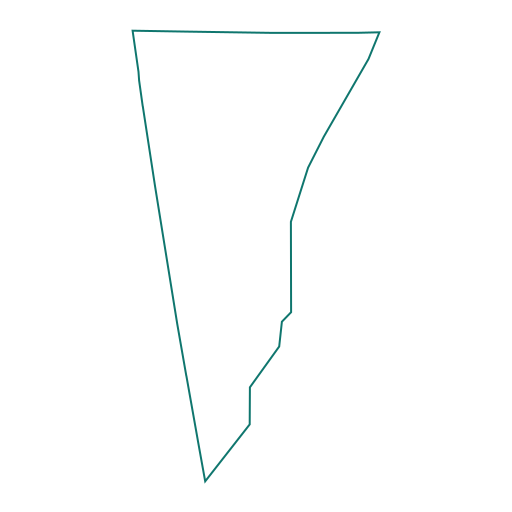 the district of Dade, Georgia, United States of America
{"feature_id": "52423323B39037255369745", "entity_name": "Dade", "entity_type": "district", "adm_level": 2, "iso_a3": "USA", "parent_name": "United States of America", "parent_adm1": "Georgia", "projection": "orthographic", "projection_center": [-85.505, 34.804], "detail": "fine", "context": "isolated", "style": "outline", "palette": "teal", "viewbox_px": 512, "rotation_deg": 0, "n_neighbors": 0, "source": "geoboundaries", "source_scale": "gbopen_adm2", "svg_char_len": 453}
<svg xmlns="http://www.w3.org/2000/svg" viewBox="0 0 512 512"><path d="M266.7,32.8L186.4,31.6L132.6,30.7L138.5,71.8L139.1,80.4L142.7,106.1L142.8,106.3L155.0,185.9L177.2,323.7L186.3,375.8L186.4,376.0L197.8,440.2L197.8,440.3L204.9,479.7L205.2,481.3L249.7,424.4L249.9,387.3L279.2,346.5L281.9,321.7L291.1,312.2L290.9,221.8L308.1,167.6L323.8,136.7L368.5,59.0L379.4,32.3L357.9,32.8L274.2,32.9L266.7,32.8Z" fill="none" stroke="#0f766e" stroke-width="2"/></svg>